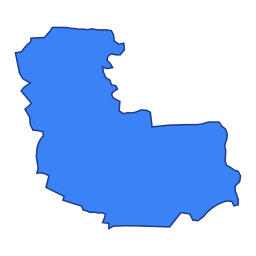 Saudades, Santa Catarina, Brazil
{"feature_id": "56859067B63922458619483", "entity_name": "Saudades", "entity_type": "district", "adm_level": 2, "iso_a3": "BRA", "parent_name": "Brazil", "parent_adm1": "Santa Catarina", "projection": "albers", "projection_center": [-53.035, -26.888], "detail": "fine", "context": "isolated", "style": "filled", "palette": "blue", "viewbox_px": 256, "rotation_deg": 0, "n_neighbors": 0, "source": "geoboundaries", "source_scale": "gbopen_adm2", "svg_char_len": 1766}
<svg xmlns="http://www.w3.org/2000/svg" viewBox="0 0 256 256"><path d="M234.0,205.9L238.2,204.8L238.2,199.6L236.6,194.5L235.1,190.6L235.3,185.7L239.6,181.8L240.6,176.1L238.2,171.3L234.3,170.1L230.4,167.4L226.4,165.2L225.1,160.7L225.5,155.5L225.7,150.5L224.7,146.1L225.7,142.2L227.0,138.2L227.2,133.6L225.4,128.9L221.8,126.2L219.1,122.1L208.5,122.0L202.6,123.8L197.9,124.6L184.4,124.7L168.5,125.2L152.1,126.9L150.3,112.2L146.5,110.3L141.1,109.9L135.9,112.1L131.6,113.0L128.3,112.6L123.5,113.6L119.2,110.9L119.5,106.0L119.9,101.5L116.0,99.5L113.1,97.6L111.5,94.5L113.4,91.6L117.6,89.0L115.8,85.7L111.4,84.8L110.1,80.3L105.7,77.6L103.5,72.4L102.5,67.2L107.3,68.6L112.7,67.6L110.3,63.6L107.1,60.3L107.7,56.4L111.0,53.9L116.4,54.9L120.2,54.8L124.4,49.8L123.8,43.2L119.0,44.3L114.3,41.0L113.5,34.8L111.4,30.7L106.7,29.9L102.3,29.9L98.4,29.9L91.9,28.9L87.2,29.7L83.1,29.1L79.1,29.3L75.1,28.5L71.6,28.5L66.9,27.5L52.4,27.4L50.0,31.2L47.4,34.0L44.6,37.5L31.0,38.1L30.5,42.2L27.7,44.2L24.4,47.9L21.4,51.8L15.4,52.8L19.5,72.9L22.7,78.5L26.5,81.0L30.4,82.8L26.3,85.7L23.5,87.9L21.2,91.0L31.4,103.3L28.4,106.4L25.0,109.2L29.7,117.4L30.3,124.8L33.0,130.1L37.5,130.5L42.9,131.8L43.4,135.9L40.5,139.2L38.8,142.5L37.2,147.2L36.7,151.9L36.3,156.4L37.1,161.5L38.2,168.0L36.9,173.2L40.8,172.8L44.9,173.8L48.9,175.7L46.0,187.4L64.2,196.4L62.8,200.1L81.6,206.1L83.2,210.1L86.5,210.8L90.1,212.4L94.7,212.2L98.6,213.0L102.5,212.8L105.6,214.4L104.0,219.3L102.6,222.6L108.9,223.3L108.9,228.6L113.5,226.1L125.5,225.7L138.0,225.9L166.4,226.8L169.7,226.9L180.9,212.7L185.1,213.2L189.8,214.0L192.8,220.1L198.0,220.7L203.8,216.2L206.0,213.4L209.3,210.3L212.6,207.6L217.8,204.4L221.4,202.7L224.8,201.5L228.1,201.0L231.8,201.3L234.0,205.9Z" fill="#3b82f6" stroke="#1e3a8a" stroke-width="1.5"/></svg>